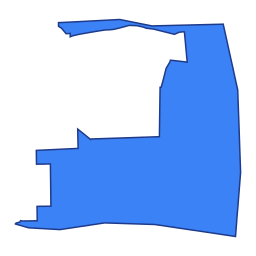 the district of Zemam Out, Al Qahirah, Egypt
{"feature_id": "37247803B46264859714526", "entity_name": "Zemam Out", "entity_type": "district", "adm_level": 2, "iso_a3": "EGY", "parent_name": "Egypt", "parent_adm1": "Al Qahirah", "projection": "natural_earth1", "projection_center": [31.543, 29.966], "detail": "fine", "context": "isolated", "style": "filled", "palette": "blue", "viewbox_px": 256, "rotation_deg": 0, "n_neighbors": 0, "source": "geoboundaries", "source_scale": "gbopen_adm2", "svg_char_len": 1626}
<svg xmlns="http://www.w3.org/2000/svg" viewBox="0 0 256 256"><path d="M37.1,210.7L37.2,220.8L22.8,221.0L22.0,220.9L21.4,220.8L21.2,220.8L21.0,220.7L20.8,220.6L20.7,220.6L20.3,221.2L20.2,221.5L19.9,222.0L19.7,222.1L19.2,222.2L18.9,222.3L18.1,222.5L17.8,222.6L17.3,222.7L16.8,222.9L16.0,223.2L16.0,223.4L15.8,223.6L15.6,223.7L15.4,223.8L15.4,224.0L28.6,227.8L59.9,229.6L104.7,222.9L154.8,224.5L235.5,236.5L236.6,222.7L236.8,219.3L237.1,215.8L237.8,207.7L240.6,172.5L240.6,172.3L239.8,150.0L239.1,128.8L237.7,90.0L237.7,89.9L233.8,72.2L233.1,68.8L230.9,59.1L225.9,36.3L223.2,24.1L222.6,24.2L152.9,25.9L152.3,26.0L119.8,19.5L119.4,19.5L70.1,22.1L65.8,22.3L62.5,22.5L61.9,22.5L61.7,22.5L61.4,22.5L58.5,22.6L58.5,25.4L58.5,26.1L58.5,26.3L59.7,27.1L60.7,27.7L61.7,28.3L61.8,28.4L62.0,28.8L66.1,33.7L66.6,33.7L67.5,33.6L68.2,33.6L69.1,33.5L70.2,33.4L70.2,36.8L72.7,35.8L79.2,34.3L88.3,32.7L97.1,31.2L100.2,30.7L105.7,29.9L106.7,29.9L109.3,29.8L110.3,29.7L113.6,29.4L119.9,27.9L123.2,27.0L123.7,26.9L124.5,26.7L126.5,26.1L129.2,25.4L137.0,25.7L138.8,26.1L143.3,27.1L144.2,27.4L146.1,28.2L151.9,28.9L153.6,29.1L167.2,32.5L174.4,34.3L179.3,32.2L181.6,32.0L182.8,31.8L184.4,31.9L187.2,62.1L172.5,60.4L170.4,60.2L170.0,61.8L166.1,68.4L162.8,81.5L161.1,87.3L160.1,87.3L160.0,93.4L160.0,93.5L159.6,121.7L159.4,136.7L90.9,139.0L90.6,139.5L83.6,133.8L77.7,129.1L78.1,148.4L36.3,150.4L36.5,164.2L38.4,164.1L40.4,164.1L42.4,164.1L44.4,164.1L46.4,164.0L48.4,164.0L50.4,164.0L50.7,187.3L50.9,206.2L48.9,206.2L46.9,206.2L45.0,206.3L43.0,206.3L41.0,206.3L39.0,206.3L37.0,206.4L37.1,210.7Z" fill="#3b82f6" stroke="#1e3a8a" stroke-width="1.5"/></svg>